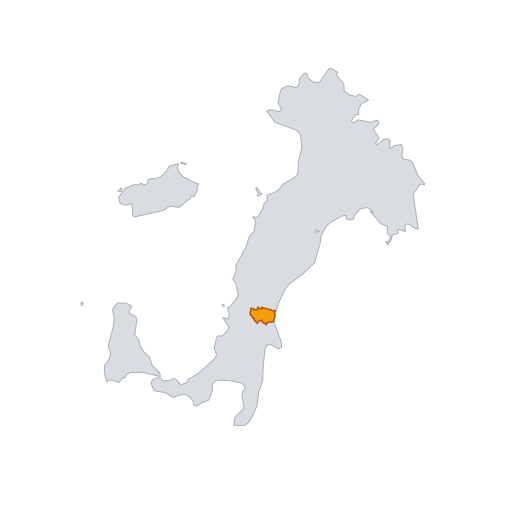 Campobasso on a map of Italy (Mercator projection), rotated 70°
{"feature_id": "ITA-5401", "entity_name": "Campobasso", "entity_type": "Province", "adm_level": 1, "iso_a3": "ITA", "parent_name": "Italy", "parent_adm1": "", "projection": "mercator", "projection_center": [14.809, 41.724], "detail": "fine", "context": "in_parent", "style": "filled", "palette": "amber", "viewbox_px": 512, "rotation_deg": 70, "n_neighbors": 0, "source": "natural_earth", "source_scale": "10m", "svg_char_len": 5783}
<svg xmlns="http://www.w3.org/2000/svg" viewBox="0 0 512 512"><g transform="rotate(70 256 256)"><path d="M111.2,116.7L114.0,118.4L124.7,114.7L131.2,116.8L136.6,113.3L140.1,107.8L139.3,103.6L147.8,97.0L148.8,104.6L153.6,109.7L158.2,111.0L157.1,114.0L161.7,120.3L163.6,119.7L164.2,118.6L163.0,113.3L169.5,103.0L169.8,95.9L170.9,95.1L174.1,95.6L176.8,102.3L187.5,100.2L191.2,105.3L192.9,104.3L190.1,95.6L191.4,91.2L194.2,90.4L196.2,92.5L200.4,93.1L200.6,90.4L199.5,88.7L201.0,81.0L207.1,81.8L210.8,84.5L215.1,84.4L218.8,78.3L221.7,76.8L235.6,76.4L245.9,72.7L246.7,73.5L244.9,76.5L245.5,78.4L251.6,87.2L285.9,94.2L285.4,96.4L278.0,101.9L277.5,104.0L278.6,105.9L284.1,107.2L280.3,112.4L280.4,114.4L283.3,114.6L282.9,120.9L286.5,122.8L290.5,128.3L286.4,129.4L288.1,127.9L284.0,122.5L279.8,124.8L273.0,122.5L268.4,127.5L252.7,133.8L255.5,130.9L254.3,130.9L248.6,134.6L247.3,142.2L251.7,149.7L255.1,152.4L253.6,156.9L251.5,158.6L248.7,157.4L247.9,161.4L249.4,172.2L251.8,179.7L259.5,188.1L265.2,190.7L282.4,203.4L288.6,217.5L294.0,235.0L298.5,241.5L307.9,250.8L316.4,257.6L324.3,261.8L345.1,261.6L350.4,263.1L351.0,266.0L350.0,267.9L343.8,272.7L343.5,276.5L346.4,279.2L360.5,286.3L374.9,292.2L384.6,299.9L397.2,306.3L407.0,316.1L410.5,321.2L411.1,325.2L408.7,332.1L407.4,334.9L400.4,330.9L394.9,319.2L382.6,317.1L379.0,315.1L376.9,311.5L373.1,311.2L370.4,313.1L363.6,324.1L359.9,333.6L359.7,337.4L361.7,341.1L367.6,343.1L375.2,349.8L375.5,358.1L376.8,362.7L374.8,365.4L371.0,364.7L365.8,366.4L362.2,369.4L360.7,372.3L360.4,382.5L353.5,387.8L347.6,398.0L338.9,398.1L336.8,395.0L336.7,390.3L338.2,387.4L341.4,386.0L343.6,380.0L342.9,375.6L344.2,373.7L351.2,370.8L351.6,364.7L348.9,361.9L346.7,350.7L338.0,329.1L335.2,327.0L327.6,326.4L318.6,320.6L318.1,318.2L319.6,315.8L318.5,312.7L315.7,307.2L313.8,305.8L302.6,308.2L305.8,303.7L301.8,300.8L294.9,300.9L295.0,298.9L290.1,289.9L286.8,286.2L274.1,284.3L269.9,285.9L263.7,280.2L257.9,278.0L243.4,261.5L236.4,256.5L231.9,249.3L223.0,244.5L219.0,245.7L218.0,244.7L220.1,243.3L219.7,240.5L213.6,233.3L210.1,230.9L207.6,226.2L202.6,225.1L202.7,216.6L200.8,210.6L197.5,205.5L195.5,193.3L194.0,189.8L190.4,187.2L182.1,184.2L170.5,176.2L156.8,172.5L151.2,175.3L136.9,192.4L123.5,196.3L123.2,192.8L128.3,184.9L127.3,181.9L119.0,182.9L108.0,175.6L106.5,169.2L109.6,163.1L111.4,161.7L110.4,157.6L103.8,154.1L101.1,148.7L100.9,146.8L102.6,145.9L106.5,146.2L112.7,142.3L114.5,137.0L105.2,123.6L105.5,120.8L111.2,116.7ZM254.1,191.5L254.6,188.3L251.8,190.3L252.6,191.7L254.1,191.5ZM336.5,387.2L326.1,403.2L322.5,414.0L323.0,418.1L325.9,421.1L324.5,422.2L327.7,427.3L327.6,428.6L322.9,434.3L322.9,439.3L314.1,438.5L306.9,435.7L303.4,430.0L300.5,427.6L297.5,425.7L291.3,425.8L288.5,424.6L272.0,413.3L265.6,410.3L258.2,409.5L255.2,407.0L252.8,402.1L255.8,394.3L260.6,390.0L265.1,394.9L268.9,393.3L269.1,391.8L271.8,389.8L275.2,389.7L288.2,396.7L295.1,394.8L301.3,395.5L307.0,394.6L314.4,390.6L323.0,391.0L333.0,386.4L336.5,387.2ZM179.5,298.4L184.0,311.6L179.8,319.6L181.4,328.2L177.7,357.1L175.7,358.0L164.4,354.6L163.5,361.2L162.1,363.9L159.8,365.6L153.8,365.1L147.7,355.7L147.2,346.4L148.5,343.7L148.6,338.3L150.9,337.9L151.1,334.3L149.8,332.3L147.5,331.6L147.5,327.5L149.1,324.3L149.1,318.8L146.0,311.6L141.8,306.4L142.7,297.4L146.3,299.7L151.8,299.6L158.3,296.1L168.9,285.4L170.4,287.4L174.9,289.2L179.0,293.8L177.4,296.7L179.5,298.4ZM199.4,229.0L200.4,231.2L200.1,234.2L197.9,232.5L192.5,233.2L192.0,231.6L198.5,230.3L199.4,229.0ZM149.3,360.4L147.8,363.7L146.2,359.3L146.4,358.8L149.3,360.4ZM145.8,290.8L143.4,294.6L142.2,294.5L145.2,290.1L145.8,290.8ZM242.8,437.0L239.9,436.3L239.8,434.7L242.1,434.9L242.8,437.0ZM292.8,303.4L290.3,304.4L290.4,302.6L292.8,303.4Z" fill="#d9dde1" stroke="#a8b0b8" stroke-width="1"/><path d="M313.7,256.7L314.2,256.8L314.7,257.1L315.6,257.9L316.5,258.3L318.7,258.7L319.8,259.1L320.1,259.4L320.8,260.3L321.1,260.5L321.6,260.7L322.6,261.5L323.1,261.7L323.7,261.9L323.6,262.0L323.5,263.3L323.5,263.5L323.4,263.8L323.4,264.0L323.0,264.7L322.8,265.0L322.7,265.2L322.7,265.4L322.7,265.8L322.7,266.0L322.8,266.6L322.8,267.0L322.6,267.4L322.6,267.7L322.6,267.9L322.7,268.1L322.7,268.7L322.7,269.0L322.8,269.2L322.9,269.3L323.0,269.5L323.3,269.6L323.9,269.7L324.0,269.7L324.1,269.8L323.7,270.2L323.6,270.3L323.3,270.4L322.9,270.5L322.7,270.6L322.4,270.9L322.1,271.2L321.8,271.6L321.7,271.7L321.6,271.8L321.3,271.8L321.2,271.9L321.0,272.1L320.8,272.4L320.5,272.7L320.4,272.8L320.2,272.8L319.0,272.3L318.8,272.3L318.7,272.3L318.3,272.5L318.2,272.6L318.2,272.8L318.1,273.2L318.2,273.7L318.3,274.8L318.3,275.2L318.2,275.6L318.2,275.8L318.2,276.1L318.5,276.4L319.8,277.6L318.3,278.5L318.0,278.7L317.8,278.7L316.8,279.0L316.0,279.4L315.4,279.6L315.1,279.4L314.9,279.3L314.7,279.1L314.5,278.9L314.3,278.9L314.2,278.9L314.0,279.0L313.9,279.2L313.8,279.6L313.7,279.7L313.6,279.9L313.3,280.1L313.1,280.2L312.9,280.3L311.2,280.3L310.9,280.4L310.7,280.6L309.5,281.4L309.3,281.5L309.1,281.5L308.9,281.4L308.7,281.3L308.5,281.0L308.4,280.9L307.5,280.9L307.2,280.8L306.7,280.8L306.4,280.3L306.2,279.9L306.0,279.7L305.8,279.7L305.4,279.6L305.1,279.6L303.8,279.0L303.7,278.4L303.8,277.6L304.0,277.0L304.3,276.6L304.9,276.2L305.0,276.2L305.2,276.3L305.4,276.3L305.7,276.0L306.8,274.1L306.9,273.7L306.8,273.3L306.5,273.0L304.8,271.9L304.9,271.4L305.2,271.1L306.1,270.9L306.6,270.7L307.1,270.3L307.3,269.8L307.3,269.0L307.0,268.7L306.6,268.6L306.3,268.4L306.6,267.3L307.2,266.9L307.3,266.8L307.5,266.6L307.6,266.4L307.7,266.2L308.3,265.3L308.8,264.5L309.7,263.4L310.4,262.7L310.6,262.3L310.7,262.1L310.7,261.9L310.7,261.7L310.7,261.3L310.8,261.2L311.1,261.0L311.4,260.9L313.2,259.0L313.3,258.8L313.3,258.7L313.3,258.4L313.3,258.1L313.5,257.6L313.6,257.4L313.7,257.1L313.7,256.8L313.7,256.7Z" fill="#f59e0b" stroke="#b45309" stroke-width="1.5"/></g></svg>